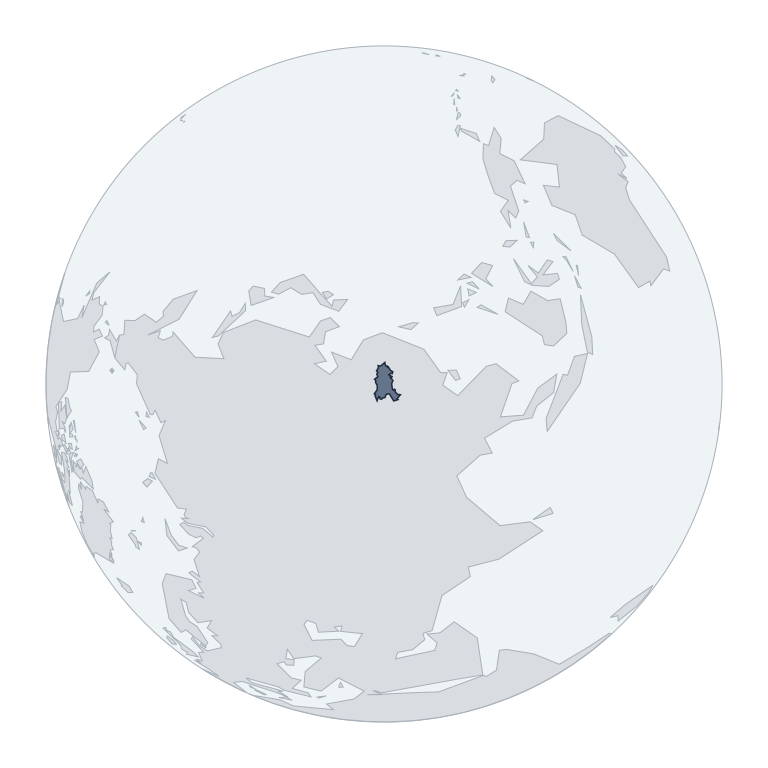 the Earth from above Hubei, rotated 251°
{"feature_id": "CHN-1807", "entity_name": "Hubei", "entity_type": "Province", "adm_level": 1, "iso_a3": "CHN", "parent_name": "China", "parent_adm1": "", "projection": "orthographic", "projection_center": [112.208, 31.166], "detail": "coarse", "context": "on_globe", "style": "filled", "palette": "slate", "viewbox_px": 768, "rotation_deg": 251, "n_neighbors": 0, "source": "natural_earth", "source_scale": "10m", "svg_char_len": 12165}
<svg xmlns="http://www.w3.org/2000/svg" viewBox="0 0 768 768"><g transform="rotate(251 384 384)"><circle cx="384" cy="384" r="338" fill="#eef3f6" stroke="#a8b0b8"/><path d="M684.6,527.5L684.1,529.3L683.9,529.7L684.6,527.5ZM593.0,118.4L572.7,104.8L572.0,103.6L565.7,100.0L566.3,101.8L568.2,104.0L547.4,101.3L545.6,115.6L556.3,126.3L545.1,119.9L573.0,145.4L579.2,161.3L565.2,139.8L558.4,135.2L559.2,143.6L552.4,140.8L548.9,143.6L540.7,139.8L533.2,128.7L527.7,126.3L528.6,132.5L521.0,133.4L520.5,124.4L507.1,125.3L492.0,108.8L497.4,91.4L482.1,82.6L469.4,66.4L463.7,66.2L455.2,61.2L445.5,59.4L445.9,57.8L437.8,58.0L439.2,59.9L436.1,60.8L430.5,60.2L430.1,57.7L432.8,57.7L429.8,56.7L432.0,55.8L427.7,55.9L427.8,53.6L419.4,55.2L412.5,52.8L414.9,51.5L425.5,52.5L457.2,55.2L462.8,55.8L460.2,54.8L454.9,53.6L479.8,59.9L504.1,68.1L527.7,78.1L550.4,89.9L572.2,103.4L593.0,118.4ZM415.8,47.6L416.6,47.7L412.1,47.3L412.1,48.0L400.5,47.2L389.1,46.4L388.5,46.1L387.7,46.1L415.8,47.6ZM381.0,46.1L374.6,46.3L370.6,46.3L381.0,46.1ZM703.5,284.2L700.8,278.3L702.1,278.9L703.5,284.2ZM699.4,277.0L700.3,278.5L699.6,277.6L699.4,277.0ZM699.0,277.8L699.3,277.2L699.3,278.6L699.0,277.8ZM698.8,279.9L698.8,278.5L698.9,278.9L698.8,279.9ZM697.4,281.0L697.0,281.1L696.7,279.1L697.4,281.0ZM570.1,105.7L567.0,102.3L569.0,102.1L572.4,105.1L570.1,105.7ZM565.3,107.7L561.9,104.7L569.3,107.6L568.9,108.3L565.3,107.7ZM565.5,135.1L564.2,130.7L567.8,136.1L565.5,135.1ZM549.9,144.7L552.4,147.1L549.5,147.6L549.9,144.7ZM418.5,48.6L415.4,48.3L417.0,48.3L418.5,48.6ZM421.5,49.3L425.6,49.5L427.6,50.0L425.0,49.8L421.5,49.3ZM534.3,142.6L528.9,143.2L533.1,140.5L534.3,142.6ZM415.9,49.1L430.6,50.8L434.1,51.7L427.1,52.1L415.9,49.1ZM524.9,142.3L511.8,144.9L516.3,149.9L496.3,137.9L514.0,139.2L518.5,134.8L519.8,139.5L524.9,142.3ZM442.1,60.8L440.3,58.7L447.0,61.2L442.1,60.8ZM447.2,62.3L472.2,70.1L472.1,73.5L463.8,69.8L467.8,75.3L455.4,73.0L450.4,69.5L452.9,67.6L446.3,68.3L447.2,62.3ZM487.3,131.2L483.1,130.5L486.1,129.2L487.3,131.2ZM435.4,61.4L440.5,62.4L440.8,65.3L430.7,63.9L433.8,63.3L435.4,61.4ZM474.9,78.2L473.3,80.5L462.9,79.1L460.8,80.0L455.1,73.3L474.9,78.2ZM430.9,62.4L425.5,63.2L420.3,61.4L430.5,60.7L430.9,62.4ZM445.1,66.8L444.7,68.2L441.6,66.9L445.1,66.8ZM398.7,56.7L404.7,57.2L405.4,58.6L398.7,56.7ZM423.9,63.6L425.7,64.2L426.6,65.0L422.1,65.3L423.9,63.6ZM448.1,73.1L444.1,72.3L449.9,75.7L442.4,75.3L439.9,71.1L437.8,72.8L435.4,72.7L436.1,69.5L448.1,73.1ZM420.3,68.1L414.6,63.5L403.2,61.8L402.3,60.3L420.8,63.3L420.3,68.1ZM429.5,69.1L423.6,68.0L425.5,66.4L430.7,66.2L429.5,69.1ZM438.1,76.7L450.4,78.3L450.5,79.3L438.1,76.7ZM416.7,67.8L418.1,69.0L415.6,67.9L416.7,67.8ZM431.1,74.2L435.4,74.5L435.4,75.5L431.1,74.2ZM417.4,71.3L415.6,69.7L419.0,69.3L417.4,71.3ZM423.4,72.9L422.4,74.2L421.4,70.2L425.3,72.8L423.4,72.9ZM430.4,75.1L431.8,75.8L428.6,74.8L430.4,75.1ZM405.4,74.0L403.3,69.1L411.0,68.1L411.9,72.9L405.4,74.0ZM135.0,155.6L132.4,158.5L121.9,178.0L118.8,183.4L109.2,193.3L92.6,230.0L100.1,225.5L95.9,253.2L100.1,265.3L120.9,245.2L114.1,224.6L123.7,209.6L137.8,215.9L145.3,235.6L149.3,230.5L153.6,209.4L164.6,206.2L156.2,201.7L152.7,209.3L147.4,207.1L150.2,200.2L154.0,199.1L154.3,191.8L136.3,200.6L130.9,209.2L126.1,198.1L116.6,211.8L112.0,213.1L126.4,190.6L132.0,185.5L151.1,157.7L144.7,161.8L126.3,188.8L127.9,184.1L119.2,191.4L127.1,182.1L148.9,153.0L150.8,144.7L137.1,153.5L139.7,150.5L165.5,126.2L173.6,119.7L161.3,132.7L168.6,127.7L184.9,114.8L179.8,120.3L184.9,117.0L181.6,122.1L190.5,121.2L189.2,126.2L205.7,118.8L207.3,120.7L197.0,124.2L189.2,130.0L187.6,144.3L191.1,145.0L202.0,139.3L200.2,144.6L210.9,137.4L216.4,144.0L218.8,130.5L231.6,125.0L242.0,125.8L246.7,121.9L229.7,120.9L222.6,122.8L215.8,128.2L196.7,133.2L194.4,130.1L216.0,116.7L215.2,111.3L232.3,104.4L267.6,109.4L275.6,116.2L261.4,138.6L252.0,139.7L252.4,131.8L240.0,144.1L246.8,140.6L245.3,145.5L257.2,142.6L256.7,146.0L268.9,138.0L269.6,141.8L261.9,146.8L280.1,147.3L285.1,155.0L289.5,153.6L292.7,149.9L296.9,162.9L299.9,161.4L299.7,156.4L305.6,150.4L317.7,145.2L318.5,149.9L314.2,152.4L306.5,165.5L295.1,172.3L296.6,173.8L306.8,169.1L316.2,153.1L323.2,148.7L320.1,156.1L321.8,153.0L325.5,152.4L330.0,156.5L334.0,148.4L374.2,138.4L386.8,146.4L379.5,153.4L408.4,154.5L420.4,165.3L420.1,160.5L433.8,159.0L430.3,155.5L431.2,153.1L464.7,150.1L473.2,153.8L487.4,148.9L487.3,146.7L481.8,143.5L496.3,137.9L516.3,149.9L515.5,154.2L528.6,159.7L525.0,169.2L528.0,180.2L516.4,188.8L519.9,197.5L524.6,198.8L532.8,212.4L533.2,237.6L512.0,211.4L507.2,176.7L507.3,189.9L501.1,185.5L497.3,189.7L497.9,199.6L501.8,201.5L470.9,214.0L460.0,240.9L475.9,240.1L484.9,248.9L486.4,283.5L452.7,328.7L464.3,344.6L464.3,354.8L452.8,360.5L452.4,345.7L441.6,339.9L443.1,331.2L424.4,336.9L425.8,324.8L410.6,336.0L415.3,346.1L431.3,344.8L417.5,360.9L432.4,378.8L433.0,399.2L404.0,432.9L376.2,441.3L374.2,447.4L363.8,439.2L349.0,449.9L367.5,486.8L366.6,496.6L343.0,512.4L342.7,505.1L315.0,483.3L309.1,505.8L330.0,528.0L337.1,550.6L320.7,541.6L313.5,521.3L303.8,513.0L307.0,493.4L300.1,461.4L283.5,463.9L285.4,451.7L273.4,422.9L250.0,425.2L212.3,447.6L206.1,477.3L193.6,486.4L181.0,435.6L183.5,404.2L173.8,402.9L165.1,369.9L135.2,349.2L135.5,339.7L128.9,339.2L123.5,324.5L125.8,309.6L120.4,305.4L115.6,345.2L121.9,349.9L133.5,343.4L130.5,355.9L136.3,372.9L113.5,389.5L76.7,382.7L80.8,359.0L92.8,281.2L96.7,275.9L97.1,275.1L97.7,273.6L90.9,281.3L95.6,267.0L80.9,316.7L75.1,335.4L76.1,383.5L74.1,385.2L76.8,397.2L94.7,406.4L93.1,413.5L79.9,437.9L61.9,458.5L68.8,491.9L75.0,515.8L73.7,517.7L73.7,517.8L64.9,495.2L57.7,472.0L52.3,448.4L48.5,424.4L46.5,400.2L46.2,375.9L47.6,351.7L50.8,327.6L55.7,303.9L62.3,280.5L70.6,257.7L80.5,235.5L91.9,214.1L104.8,193.6L119.2,174.0L135.0,155.6ZM145.4,270.5L155.0,282.4L164.3,262.3L168.8,265.5L170.3,257.9L165.0,260.8L170.7,241.1L179.8,241.7L185.6,234.3L182.6,230.1L165.0,232.5L156.7,260.2L148.7,263.9L145.4,270.5ZM216.3,97.1L210.8,101.0L205.5,103.0L207.2,99.1L214.9,96.0L216.3,97.1ZM204.1,106.4L225.1,95.6L224.9,98.3L221.4,98.4L219.2,101.4L213.1,102.5L192.4,116.7L186.4,119.6L192.8,109.4L194.0,110.8L199.4,106.5L204.1,106.4ZM279.0,70.8L288.0,68.2L275.8,77.2L268.7,78.6L270.0,74.2L279.0,69.9L279.0,70.8ZM400.7,50.5L405.0,50.5L405.1,50.9L401.6,51.3L400.7,50.5ZM401.5,56.8L382.3,51.6L386.2,51.1L370.3,49.8L374.4,48.2L384.5,48.9L375.8,47.3L386.6,47.3L379.5,46.6L401.7,48.4L411.1,49.1L399.1,48.8L395.1,50.0L396.1,50.8L406.2,53.8L424.4,56.8L423.3,59.3L417.7,60.3L413.2,59.9L415.3,58.3L407.7,59.0L407.3,56.4L401.5,56.8ZM352.7,82.1L357.1,78.3L341.8,83.2L341.3,79.0L339.6,79.9L334.9,77.6L326.3,76.6L327.7,74.7L323.7,75.2L320.6,74.0L315.6,74.2L316.3,71.0L310.3,71.2L314.0,69.7L303.5,71.0L311.6,68.7L308.4,67.5L302.2,70.4L318.1,56.8L318.5,54.3L314.4,54.0L329.0,51.2L342.2,50.3L352.7,51.6L350.2,55.0L357.3,53.6L358.2,55.0L352.3,55.5L362.0,55.7L361.1,57.1L370.5,60.9L385.0,61.2L388.8,63.0L382.7,63.6L390.7,65.1L381.7,67.6L384.2,69.1L377.9,73.6L364.6,74.6L368.4,76.3L363.8,80.3L352.7,82.1ZM403.2,75.2L387.5,76.3L379.5,74.9L393.9,67.9L392.9,66.1L401.8,62.5L413.2,64.9L409.6,65.6L408.8,66.9L405.5,65.6L407.5,67.7L402.6,69.0L402.8,71.1L397.6,70.7L403.2,75.2ZM121.9,182.5L120.7,185.6L120.4,189.1L114.9,194.2L121.9,182.5ZM136.4,162.4L136.3,163.9L128.3,171.9L129.6,169.1L136.4,162.4ZM143.1,158.4L136.9,163.4L141.0,159.0L143.1,158.4ZM197.6,125.6L198.4,127.3L195.8,129.1L192.2,130.0L197.6,125.6ZM307.2,98.9L311.0,96.2L312.8,96.6L324.6,93.2L325.9,96.5L319.3,99.8L307.2,98.9ZM115.9,245.8L110.7,246.8L111.8,242.7L113.3,243.1L115.9,245.8ZM109.7,218.9L107.9,228.0L108.2,220.3L109.7,218.9ZM310.5,102.0L315.2,100.0L313.0,102.9L310.5,102.0ZM327.4,98.8L325.9,101.9L327.4,96.5L327.4,98.8ZM230.9,685.1L238.0,688.7L233.9,686.7L230.9,685.1ZM96.8,539.9L106.1,572.7L99.7,565.1L91.7,550.8L83.7,528.3L88.8,529.7L89.5,521.9L96.8,539.9ZM423.2,603.3L433.6,604.4L433.2,605.6L423.2,603.3ZM412.4,598.9L424.2,599.4L410.4,601.6L412.4,598.9ZM428.8,599.5L440.9,597.0L446.1,594.8L445.2,597.5L428.8,599.5ZM404.4,598.8L361.1,595.9L344.0,590.9L348.0,586.7L375.5,590.3L404.4,598.8ZM346.6,586.4L320.7,569.7L286.1,522.9L298.5,526.0L334.8,556.5L332.5,560.4L348.1,573.1L346.6,586.4ZM409.6,565.8L407.2,578.3L383.2,576.1L372.3,573.3L364.8,556.5L369.0,548.5L377.9,549.4L412.8,522.1L424.8,529.6L414.0,541.6L423.9,553.1L409.6,565.8ZM207.3,480.7L213.2,501.0L206.6,501.7L207.3,480.7ZM427.3,501.5L412.9,514.3L426.1,497.1L427.3,501.5ZM435.3,484.9L436.0,491.7L430.4,485.0L435.3,484.9ZM373.6,457.0L364.1,457.7L364.1,452.8L376.1,448.9L373.6,457.0ZM433.3,416.5L432.6,431.3L430.5,436.2L426.6,427.2L433.3,416.5ZM328.1,133.1L310.3,133.6L298.4,137.4L293.0,144.5L293.0,135.4L311.4,129.4L328.1,133.1ZM368.4,136.9L373.0,131.7L376.1,134.4L375.5,136.0L368.4,136.9ZM367.6,133.4L363.7,126.3L369.6,123.8L371.5,129.8L367.6,133.4ZM336.4,112.5L331.0,112.2L333.0,109.8L336.4,112.5ZM520.4,688.5L521.8,684.3L534.5,680.1L527.7,685.5L520.4,688.5ZM622.2,623.7L627.2,617.9L624.4,621.5L622.2,623.7ZM478.4,676.0L412.0,692.5L397.7,691.0L401.9,685.8L390.0,668.3L394.7,668.8L392.3,656.1L431.8,644.2L460.3,619.9L481.7,619.9L498.2,600.9L520.0,599.4L513.1,614.0L535.2,619.0L551.6,585.9L563.5,614.8L578.6,620.7L581.0,636.0L548.4,669.5L531.2,678.6L528.5,677.6L521.2,681.5L510.7,683.2L506.3,677.0L499.0,680.7L506.6,673.5L495.8,680.7L490.9,676.4L478.4,676.0ZM633.4,584.9L636.2,584.1L640.1,586.2L635.7,588.0L633.4,584.9ZM677.4,539.7L678.1,540.7L675.4,543.9L677.4,539.7ZM683.9,529.7L680.7,533.9L684.6,527.5L683.9,529.7ZM650.3,559.6L651.5,560.6L650.3,562.0L650.3,559.6ZM649.2,559.7L651.1,555.7L650.6,558.8L649.2,559.7ZM636.4,549.9L638.2,547.3L639.0,548.3L636.4,549.9ZM448.9,604.2L463.4,594.4L471.2,593.2L448.9,604.2ZM633.9,547.4L629.4,549.0L629.9,547.1L633.9,547.4ZM634.3,543.1L633.9,540.8L636.5,545.5L634.3,543.1ZM625.7,541.0L631.2,543.3L625.1,541.8L625.7,541.0ZM622.3,542.9L618.3,542.4L618.6,541.5L622.3,542.9ZM575.4,560.5L590.7,571.7L578.1,574.7L564.1,568.5L552.8,579.7L527.4,582.6L533.3,576.1L530.0,568.0L503.6,567.8L498.2,562.6L507.7,557.8L490.2,554.7L509.4,550.3L517.2,561.4L528.0,550.7L546.6,550.2L564.5,550.8L578.8,556.3L575.4,560.5ZM509.3,576.3L512.6,575.9L509.7,579.7L509.3,576.3ZM610.5,538.7L616.4,542.3L615.7,543.9L612.8,544.1L610.5,538.7ZM582.2,553.5L597.6,539.9L601.2,539.1L590.9,552.7L582.2,553.5ZM593.9,534.6L601.0,534.0L604.7,538.4L603.2,540.3L593.9,534.6ZM470.2,568.6L469.4,571.9L464.4,569.6L470.2,568.6ZM476.6,566.3L491.7,568.8L475.2,569.2L476.6,566.3ZM430.9,556.0L435.3,563.9L449.2,558.7L438.6,566.1L448.1,578.7L444.8,583.6L435.4,569.9L432.1,584.1L425.9,583.9L422.6,571.7L428.8,556.6L435.0,550.2L460.2,547.2L430.9,556.0ZM476.5,556.7L472.5,547.6L475.5,541.2L479.8,546.0L476.5,556.7ZM460.7,525.3L450.2,514.4L440.6,518.8L460.1,502.8L467.0,515.9L460.7,525.3ZM451.9,500.9L442.8,504.9L452.2,495.5L451.9,500.9ZM440.5,501.1L439.6,493.1L446.7,494.2L440.5,501.1ZM456.5,501.1L458.3,487.6L461.9,495.4L456.5,501.1ZM436.7,475.2L451.8,488.3L432.0,482.7L431.4,456.2L439.9,455.7L436.7,475.2ZM485.0,365.3L483.0,357.6L490.7,355.5L489.9,361.4L485.0,365.3ZM513.9,343.8L492.1,352.5L474.3,360.2L479.8,363.7L475.8,377.1L467.5,364.9L480.0,349.9L493.5,346.5L495.5,335.3L505.4,327.3L503.2,313.6L507.6,307.5L513.7,319.1L513.9,343.8ZM501.7,307.9L501.5,283.9L515.9,286.4L519.2,292.2L513.3,302.0L506.0,300.0L501.7,307.9ZM505.6,279.1L498.6,277.2L483.4,243.1L483.8,236.8L503.0,262.7L497.4,262.5L498.6,270.8L505.6,279.1ZM484.4,133.0L483.2,130.7L486.7,132.6L484.4,133.0ZM428.9,151.3L430.8,148.4L434.8,150.3L428.9,151.3ZM438.2,141.8L432.2,141.6L438.2,139.8L438.2,141.8ZM419.1,141.9L429.7,140.6L420.0,144.8L419.1,141.9Z" fill="#d9dde1" stroke="#a8b0b8" stroke-width="1"/><path d="M372.9,385.9L373.6,382.9L370.8,380.4L371.3,378.5L370.4,376.9L371.2,375.4L373.1,375.7L373.8,374.7L370.4,372.0L375.8,371.7L376.8,372.6L377.9,371.6L380.7,375.6L384.5,377.1L388.2,376.6L390.1,377.3L391.6,376.6L392.8,380.5L395.7,380.4L397.0,382.0L398.9,381.2L401.0,383.8L403.3,384.5L402.0,386.5L404.1,391.8L400.8,391.4L400.1,392.8L398.7,392.7L398.9,393.6L394.7,394.6L392.7,396.3L391.1,395.2L391.8,394.1L391.1,391.5L388.4,394.1L387.6,393.2L388.1,392.2L384.4,393.6L381.7,391.3L376.5,390.3L375.1,390.7L375.7,392.2L374.6,392.8L373.2,392.0L369.9,393.3L368.5,396.0L365.8,391.5L364.7,392.1L364.8,387.7L372.9,385.9Z" fill="#64748b" stroke="#1e293b" stroke-width="1.5"/></g></svg>